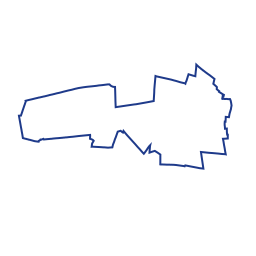 Tezoyuca, México, Mexico (Albers equal-area conic projection), rotated 351°
{"feature_id": "50627088B56189493981612", "entity_name": "Tezoyuca", "entity_type": "district", "adm_level": 2, "iso_a3": "MEX", "parent_name": "Mexico", "parent_adm1": "México", "projection": "albers", "projection_center": [-98.934, 19.594], "detail": "fine", "context": "isolated", "style": "outline", "palette": "blue", "viewbox_px": 256, "rotation_deg": 351, "n_neighbors": 0, "source": "geoboundaries", "source_scale": "gbopen_adm2", "svg_char_len": 4291}
<svg xmlns="http://www.w3.org/2000/svg" viewBox="0 0 256 256"><g transform="rotate(351 128 128)"><path d="M22.6,121.5L23.0,121.7L23.3,121.8L23.7,122.0L24.4,122.3L24.8,122.5L25.3,122.7L25.7,122.8L26.1,123.0L26.4,123.2L26.7,123.3L27.3,123.5L27.6,123.7L28.2,124.0L28.5,124.1L29.4,124.4L30.4,124.9L30.5,124.9L31.1,125.2L31.8,125.5L32.2,125.7L32.6,125.9L32.9,126.0L33.3,126.2L33.5,126.3L33.8,126.4L34.4,126.6L35.7,127.0L37.0,127.4L37.6,127.5L37.8,126.8L38.1,126.7L39.3,126.2L39.7,125.7L39.9,125.7L40.2,126.0L41.6,125.7L42.7,125.5L42.9,126.1L43.3,126.2L44.1,126.2L45.1,126.3L45.5,126.3L46.9,126.4L48.2,126.5L50.1,126.6L51.0,126.7L52.1,126.7L53.7,126.8L55.3,126.9L56.5,127.0L57.6,127.1L59.3,127.2L60.4,127.3L60.7,127.3L62.0,127.4L62.6,127.4L63.4,127.5L64.8,127.5L65.5,127.6L66.8,127.7L67.6,127.7L69.1,127.8L69.4,127.8L72.2,128.0L74.9,128.1L77.7,128.2L89.5,128.9L89.5,129.1L88.9,132.3L88.8,132.7L90.5,133.6L90.9,133.9L91.6,134.5L92.1,135.3L90.2,137.6L90.0,138.0L89.2,140.8L89.5,140.8L92.8,141.5L97.9,142.6L100.9,143.3L101.2,143.3L105.2,144.3L107.8,144.5L109.4,144.7L109.5,144.7L110.6,142.0L112.1,139.5L113.3,137.1L114.6,135.0L115.4,133.5L117.3,130.0L120.3,129.6L121.4,130.9L122.3,131.7L123.1,130.2L124.7,132.9L126.3,135.5L127.5,137.3L129.0,139.6L130.3,141.6L132.6,145.1L134.6,148.3L136.3,150.8L137.9,153.4L139.6,155.9L140.7,154.9L141.6,154.0L142.5,153.1L143.1,152.5L144.4,151.0L146.0,149.4L147.2,148.5L147.0,149.0L145.7,154.2L145.5,155.2L145.4,155.7L148.1,155.2L150.9,154.8L153.4,157.0L155.8,159.3L155.2,163.0L154.6,166.7L154.5,167.3L154.2,169.0L154.5,169.1L157.3,169.6L160.2,170.2L163.1,170.7L167.4,171.5L169.8,172.1L173.1,173.1L176.4,174.1L176.8,174.2L178.0,174.7L178.7,173.9L181.5,174.9L184.2,175.9L187.0,176.9L189.8,177.9L192.5,178.9L196.1,179.9L196.2,171.5L196.2,171.4L196.2,171.2L196.3,163.1L204.2,165.2L208.1,166.1L213.6,167.5L215.0,167.9L215.7,168.1L217.7,168.6L218.7,168.8L219.9,169.1L220.4,169.3L220.3,166.1L220.3,163.0L220.2,159.8L220.2,156.6L220.1,153.5L220.9,153.6L224.9,154.0L225.5,150.4L225.5,150.2L224.9,150.1L224.9,149.7L225.0,147.8L225.3,145.3L225.5,144.0L223.7,143.9L223.9,141.5L223.9,140.9L223.9,140.6L224.0,139.7L224.2,138.4L224.6,136.8L225.3,137.0L225.8,134.8L226.3,132.3L229.4,133.1L230.4,130.1L230.6,129.8L230.7,129.3L231.1,128.6L232.0,126.7L232.6,125.5L233.1,123.9L233.8,122.0L233.8,121.6L233.8,119.7L233.8,119.1L233.7,117.4L233.7,117.2L233.3,115.4L232.9,115.3L232.6,115.3L231.8,115.2L231.2,115.1L230.4,114.8L229.7,114.7L229.0,114.6L228.0,114.5L227.0,114.1L225.9,114.1L225.7,114.0L225.7,113.5L225.9,113.1L226.1,112.6L226.3,112.0L226.4,111.7L226.6,111.0L227.3,111.6L227.9,110.3L227.0,109.6L225.9,108.6L223.5,106.5L223.7,106.0L223.8,105.8L222.9,104.9L221.7,103.5L221.7,103.4L222.0,102.4L222.2,101.5L221.4,100.4L219.2,97.7L219.6,96.7L220.4,94.7L221.1,93.1L220.0,91.9L218.4,90.2L217.0,88.7L214.6,86.4L214.3,86.0L213.6,85.4L212.7,84.4L211.0,82.6L210.9,82.6L210.6,82.1L210.4,81.9L210.2,81.8L209.7,81.3L209.4,80.9L208.9,80.3L207.2,78.4L205.4,76.1L204.7,79.4L204.6,79.9L204.5,80.1L204.1,81.6L203.8,82.6L203.5,83.8L203.2,84.9L202.6,87.4L200.5,86.5L196.2,84.4L195.7,85.4L195.4,86.0L195.2,86.3L194.7,87.4L194.1,88.6L193.2,90.4L193.2,90.5L192.8,91.0L192.2,91.9L191.6,93.2L191.2,92.8L190.3,92.4L189.5,92.1L188.3,91.6L187.8,91.4L186.4,90.8L185.0,90.1L182.3,88.8L181.3,88.4L178.3,87.0L163.8,81.3L163.5,81.0L163.3,80.9L160.9,90.4L160.0,94.1L159.4,97.3L157.6,105.4L150.3,105.6L139.5,105.8L138.0,105.7L130.3,105.6L119.7,105.5L119.1,105.5L119.8,99.5L120.2,96.6L121.2,88.9L121.6,85.4L121.0,85.3L120.2,85.1L119.4,84.8L118.8,84.4L118.0,83.9L117.2,83.0L116.5,82.0L115.2,81.8L112.2,81.7L109.0,81.6L106.0,81.4L103.3,81.4L99.2,81.2L94.1,80.9L90.4,80.8L89.1,80.8L85.4,80.8L82.5,81.0L82.3,81.0L82.2,81.0L78.5,81.4L75.0,81.6L72.7,81.8L70.3,82.0L67.6,82.3L65.5,82.5L65.4,82.5L63.2,82.6L61.2,82.8L60.4,82.9L59.8,82.9L59.1,83.0L55.4,83.2L55.0,83.3L53.9,83.4L50.5,83.7L49.7,83.7L48.5,83.8L47.0,83.9L45.6,84.0L44.3,84.0L43.7,84.1L42.4,84.2L40.9,84.3L37.6,84.6L34.4,84.8L31.2,85.1L31.3,85.5L30.8,86.5L30.2,87.6L29.6,88.8L28.9,90.0L28.7,90.4L28.4,91.0L27.5,92.7L27.2,93.3L27.0,93.6L26.7,94.2L26.3,95.0L25.2,97.1L24.3,98.8L24.2,99.0L22.2,98.8L22.2,99.5L22.3,104.2L22.4,109.5L22.4,109.8L22.4,110.1L22.5,112.8L22.5,114.6L22.6,117.8L22.6,119.6L22.6,121.5Z" fill="none" stroke="#1e3a8a" stroke-width="2"/></g></svg>